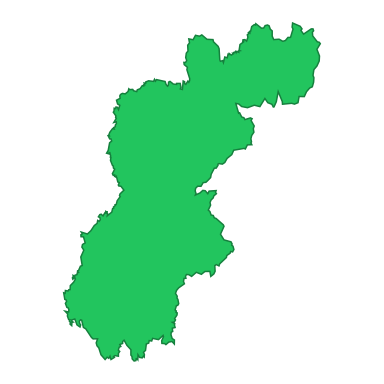 Amansie Central, Ashanti, Ghana
{"feature_id": "2480657B25462964367622", "entity_name": "Amansie Central", "entity_type": "district", "adm_level": 2, "iso_a3": "GHA", "parent_name": "Ghana", "parent_adm1": "Ashanti", "projection": "equal_earth", "projection_center": [-1.784, 6.207], "detail": "fine", "context": "isolated", "style": "filled", "palette": "green", "viewbox_px": 384, "rotation_deg": 0, "n_neighbors": 0, "source": "geoboundaries", "source_scale": "gbopen_adm2", "svg_char_len": 5900}
<svg xmlns="http://www.w3.org/2000/svg" viewBox="0 0 384 384"><path d="M251.8,144.7L250.9,142.9L251.5,141.9L250.9,138.8L251.7,135.5L253.9,132.2L253.3,128.7L254.2,126.0L251.1,120.5L252.1,118.7L250.4,117.9L244.9,119.6L243.9,117.7L241.7,117.0L239.6,112.8L238.6,113.2L235.8,103.4L238.8,104.0L241.6,106.5L247.5,107.7L254.3,105.2L259.9,106.6L264.9,98.5L267.8,102.7L271.9,104.3L273.3,107.0L274.0,106.9L276.3,101.7L278.2,91.6L282.3,101.6L282.5,104.2L291.7,103.3L294.5,104.1L298.0,102.7L299.1,96.5L304.3,96.6L306.5,91.7L309.7,88.0L312.3,86.8L313.6,82.2L313.9,77.7L313.0,75.4L313.9,69.6L316.9,66.1L319.2,61.0L319.5,56.0L316.9,49.3L320.3,43.7L319.3,42.3L317.3,41.8L312.7,35.9L312.4,32.2L313.6,30.8L313.0,28.9L311.2,28.9L303.6,34.1L300.9,30.4L302.0,28.9L300.2,26.3L292.6,23.0L292.1,27.1L293.0,29.1L290.5,37.4L288.0,37.4L285.4,40.5L282.8,41.3L279.1,39.2L273.7,39.6L272.2,36.1L272.2,30.9L270.3,29.2L269.1,25.8L267.5,25.0L265.1,25.6L263.7,28.0L261.5,28.2L255.8,23.7L255.5,25.0L254.3,24.6L251.7,26.6L250.6,31.2L250.0,31.2L249.9,32.5L249.4,31.8L248.4,32.7L249.1,33.3L247.3,34.8L247.9,37.2L246.6,41.1L244.9,39.6L243.0,39.8L242.8,41.4L243.6,40.9L243.6,41.9L240.0,44.5L239.1,50.3L239.9,50.7L238.4,51.0L238.7,52.3L236.8,51.6L236.2,52.7L235.7,51.3L234.1,52.8L233.7,51.9L233.7,53.1L232.7,53.2L233.3,53.9L231.3,55.1L229.2,53.5L229.0,54.5L228.1,54.1L227.2,57.8L224.8,57.0L223.4,62.6L222.7,60.6L220.4,61.3L219.8,59.9L219.1,48.7L218.1,46.3L213.5,41.8L213.0,39.6L207.0,39.3L201.8,34.9L199.5,36.2L195.5,35.3L193.1,39.7L188.8,38.9L189.5,42.9L187.7,45.2L188.0,51.0L186.3,53.2L185.7,57.6L186.7,60.5L185.5,62.5L183.9,62.4L184.2,64.6L187.4,67.3L186.9,69.7L189.7,78.6L189.6,80.7L188.8,82.3L187.9,81.1L185.8,84.4L184.7,83.7L184.6,81.7L183.2,81.0L182.4,89.5L180.3,88.9L181.0,87.3L180.2,83.4L176.6,83.4L176.6,84.4L173.4,84.1L170.0,81.4L168.6,82.1L168.3,85.5L167.5,86.2L166.0,84.3L165.1,81.5L156.5,79.6L155.5,81.1L154.5,79.3L153.6,81.4L148.6,80.8L145.8,81.9L145.7,83.2L144.1,83.0L144.7,84.8L143.8,84.8L143.7,85.9L142.3,85.6L140.1,88.7L137.3,89.8L136.7,91.6L133.7,90.8L132.7,89.4L129.7,89.6L128.8,88.8L128.1,91.5L125.2,93.9L122.4,93.4L120.5,94.5L119.8,95.9L120.1,98.3L116.5,100.2L117.6,104.0L119.8,105.3L118.5,109.6L117.4,107.3L116.0,107.0L115.6,108.6L114.2,108.2L114.0,111.2L113.3,112.2L115.9,115.9L115.6,117.5L116.3,118.3L113.8,122.5L116.3,121.8L116.4,123.6L115.3,125.1L115.3,126.7L113.6,127.6L114.2,129.0L112.5,128.7L109.8,132.3L108.8,135.0L109.3,135.7L108.1,135.7L109.7,138.9L110.9,138.9L111.7,141.0L109.6,142.8L108.2,150.4L106.6,153.2L109.7,154.1L109.3,152.6L109.8,152.6L110.7,156.1L110.3,157.1L110.9,157.5L110.5,160.4L112.5,165.5L113.3,166.0L113.4,168.0L114.7,169.1L112.4,173.7L113.2,175.3L114.6,175.0L114.6,176.4L116.2,176.2L115.9,177.1L116.7,177.4L117.8,182.0L119.3,182.6L118.3,185.0L118.7,185.9L121.0,186.3L123.9,190.2L120.1,193.8L119.5,195.6L120.2,196.6L117.2,200.7L116.2,204.5L115.0,204.8L115.2,205.6L113.5,207.0L113.7,208.1L112.6,208.6L111.8,212.1L107.3,215.8L107.7,213.9L107.1,213.3L107.2,211.1L106.9,212.1L105.7,211.4L105.6,213.1L104.9,212.8L103.0,215.9L101.2,214.2L99.8,214.6L98.4,216.8L100.0,217.8L100.3,219.7L99.2,221.3L97.7,220.4L97.1,223.4L94.3,225.5L90.9,230.7L87.4,234.0L81.3,232.1L82.1,233.5L81.8,234.6L80.9,234.8L81.0,236.7L83.5,236.9L85.2,242.9L82.5,244.5L81.9,247.1L83.8,250.2L80.8,257.0L82.2,265.5L80.4,266.2L78.5,270.6L77.6,270.8L77.5,271.8L78.4,272.4L77.2,273.1L77.0,274.6L75.0,275.2L74.7,276.4L73.1,275.4L73.2,276.8L72.4,277.8L72.8,279.2L74.8,277.5L75.4,279.0L73.7,282.1L70.3,285.6L70.1,289.6L68.8,289.7L68.0,291.0L65.4,290.5L65.1,293.3L63.7,292.8L64.8,299.4L66.0,299.8L66.6,301.3L65.4,303.4L66.9,307.4L68.2,307.9L68.9,309.8L68.6,312.0L65.1,311.2L67.7,314.0L67.4,316.0L68.6,319.4L69.9,319.7L69.3,321.0L70.3,322.2L70.1,324.2L71.7,325.6L71.9,322.4L73.1,322.1L71.9,321.3L71.7,320.0L74.8,319.0L77.0,324.9L80.0,327.0L80.7,324.9L79.6,323.4L79.3,321.2L80.6,319.8L81.7,320.2L83.4,327.4L85.8,328.9L91.5,337.5L93.1,338.9L97.6,338.8L96.2,342.9L97.0,345.8L98.8,347.9L101.0,354.8L105.1,359.5L107.1,357.2L108.8,358.3L110.0,356.2L111.0,359.5L114.4,357.4L113.6,356.5L114.9,355.6L118.4,356.2L118.4,353.4L119.7,351.4L118.4,350.3L118.7,348.7L119.3,347.1L120.8,346.5L119.8,344.5L122.6,343.5L122.6,341.6L124.1,340.2L126.9,345.3L130.9,349.7L130.9,355.1L132.0,356.5L132.2,358.9L134.1,361.0L135.9,360.6L136.3,358.0L136.5,359.4L137.2,358.9L137.8,359.7L138.0,354.8L139.6,357.4L142.2,357.9L143.4,356.2L144.2,357.0L144.4,354.5L143.5,352.3L145.5,350.4L146.3,344.0L148.7,343.1L149.2,340.6L151.7,341.0L152.6,338.4L158.5,339.6L163.1,335.4L163.5,336.7L161.7,340.7L161.9,343.4L164.7,343.6L165.9,344.6L168.8,342.1L172.0,341.5L174.3,344.0L174.4,340.0L172.2,338.5L171.0,334.8L171.2,332.2L172.7,331.5L172.3,328.2L175.1,327.5L174.4,324.9L174.8,323.8L172.4,322.3L174.3,322.0L175.5,319.9L174.6,318.7L177.0,315.0L177.2,312.9L176.0,312.3L176.3,311.0L175.1,310.0L176.4,305.6L177.7,305.4L178.7,303.7L177.9,299.4L177.0,298.1L177.2,296.2L175.5,293.4L176.5,290.5L178.6,287.9L184.4,283.8L183.5,281.5L184.0,278.4L185.9,278.3L185.5,276.2L186.5,274.5L188.9,274.7L191.6,276.4L196.3,272.3L201.4,274.3L204.9,271.5L209.9,271.4L210.8,276.4L213.8,274.0L215.1,271.3L214.8,265.6L216.3,264.6L219.0,265.9L219.7,263.8L226.4,257.5L226.8,255.5L230.1,253.2L230.6,251.5L232.6,251.9L233.9,249.5L233.0,246.2L231.7,245.2L232.1,243.9L231.0,241.8L224.0,239.9L220.5,234.2L224.0,226.3L223.3,224.8L216.0,218.4L214.3,217.9L213.3,215.5L211.1,215.0L209.9,211.5L208.3,210.1L210.6,205.1L210.0,202.6L211.0,200.1L213.2,197.9L213.8,195.9L216.4,193.7L215.5,192.3L216.1,190.6L209.1,191.1L207.8,193.7L205.2,190.7L202.8,190.4L199.9,193.0L195.4,195.0L196.0,193.5L195.2,190.9L195.6,188.3L197.7,186.2L201.0,186.3L203.2,182.6L205.9,182.3L207.4,180.9L210.6,177.6L211.2,174.2L214.3,168.2L216.2,168.1L218.0,165.3L217.9,164.2L218.9,163.6L222.4,164.1L224.8,162.5L227.1,158.4L231.8,154.6L233.7,150.2L244.1,148.4L245.3,149.0L247.4,144.9L251.8,144.7Z" fill="#22c55e" stroke="#15803d" stroke-width="1.5"/></svg>